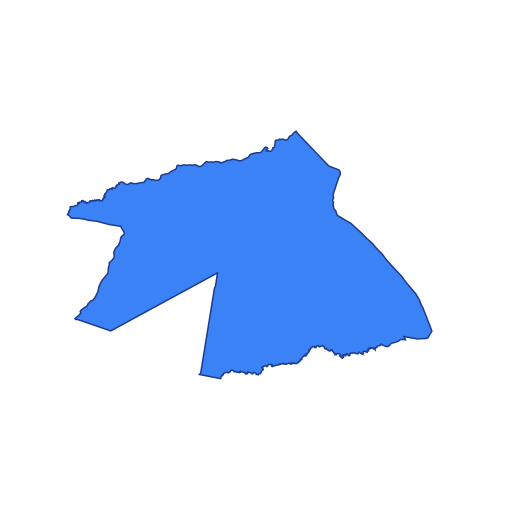 outline of Sioma, Western, Zambia, rotated 291°
{"feature_id": "96606910B11966717412590", "entity_name": "Sioma", "entity_type": "district", "adm_level": 2, "iso_a3": "ZMB", "parent_name": "Zambia", "parent_adm1": "Western", "projection": "natural_earth1", "projection_center": [23.042, -16.752], "detail": "fine", "context": "isolated", "style": "filled", "palette": "blue", "viewbox_px": 512, "rotation_deg": 291, "n_neighbors": 0, "source": "geoboundaries", "source_scale": "gbopen_adm2", "svg_char_len": 6076}
<svg xmlns="http://www.w3.org/2000/svg" viewBox="0 0 512 512"><g transform="rotate(291 256 256)"><path d="M227.0,65.2L227.1,66.2L225.2,69.9L227.8,77.6L229.0,83.2L229.2,86.2L231.4,95.1L232.8,107.8L235.3,119.5L234.1,120.1L231.3,123.9L229.5,125.1L228.7,125.1L226.7,123.7L224.8,123.2L220.5,123.9L216.9,123.8L212.6,122.0L208.5,121.9L204.6,123.9L202.8,123.8L200.7,123.2L197.1,121.3L195.9,122.1L192.5,122.3L186.7,124.0L178.3,121.1L175.3,120.5L170.6,120.4L166.0,121.2L158.9,120.5L156.1,119.4L155.1,118.0L151.3,116.4L148.2,116.0L146.9,114.7L143.0,112.2L141.0,111.8L140.1,112.9L137.3,112.0L132.7,109.4L132.1,110.4L132.7,111.9L132.8,113.5L134.0,147.2L226.4,226.1L213.4,229.0L210.9,228.8L127.0,246.3L125.1,245.6L128.8,266.8L129.6,267.0L130.8,266.6L131.6,266.8L131.9,267.3L132.7,266.9L133.3,268.0L135.1,268.0L136.9,270.2L137.2,272.4L138.3,272.8L138.7,273.5L140.2,273.5L140.9,274.6L140.9,275.7L140.1,277.1L140.3,277.8L141.0,278.1L140.7,279.2L141.0,279.5L140.8,279.7L141.0,280.5L140.8,281.1L141.3,281.6L141.5,281.9L141.2,282.2L141.5,282.8L142.0,283.1L142.4,282.3L142.9,282.7L142.8,283.8L143.1,287.3L142.9,287.8L142.3,288.0L142.2,288.9L143.2,290.2L144.0,289.4L144.9,289.9L144.7,291.1L145.2,291.9L145.1,293.1L144.5,294.4L144.8,295.2L146.2,295.5L146.7,296.3L146.1,298.4L145.6,298.6L145.9,300.7L147.1,301.0L147.8,302.3L151.0,302.6L151.9,302.8L152.1,303.3L152.5,303.5L153.1,303.2L153.8,301.5L154.5,301.6L154.4,302.3L155.5,302.5L157.0,303.8L156.6,305.7L156.9,306.1L157.5,306.4L158.2,306.0L159.3,306.6L160.3,309.6L159.0,309.8L158.6,310.7L159.8,311.2L159.6,312.0L160.1,312.1L160.6,313.3L161.0,313.6L162.6,316.3L163.0,316.2L163.2,316.9L163.8,317.0L163.9,318.1L164.8,318.8L165.0,320.3L165.7,320.4L165.5,322.0L165.9,322.5L165.8,323.0L167.4,324.7L168.2,326.4L168.2,326.9L167.5,326.8L167.7,327.7L168.4,327.9L168.7,328.5L169.4,328.1L169.7,328.4L169.3,330.5L170.0,331.1L169.9,331.9L170.3,332.7L171.4,333.1L171.7,333.7L172.4,333.4L173.1,334.5L174.7,335.0L175.4,334.7L175.8,335.9L177.1,335.2L178.8,336.0L179.1,336.5L179.9,336.4L180.0,337.0L180.7,337.1L180.6,337.7L181.0,337.6L181.4,338.0L181.1,338.6L181.3,338.7L182.3,338.8L182.7,338.3L183.0,338.8L184.0,338.9L184.7,339.7L185.3,339.5L186.3,339.8L187.3,338.8L188.0,340.2L189.0,339.9L189.6,340.3L189.8,340.1L190.5,341.0L191.4,340.9L191.7,341.3L192.1,343.0L191.7,343.3L191.7,344.2L192.0,344.6L192.5,344.2L192.9,344.9L193.8,344.8L194.7,346.5L194.1,347.1L193.9,347.9L196.1,350.0L195.8,350.7L195.7,352.3L195.0,352.5L194.1,353.6L194.2,354.7L194.8,355.0L194.7,355.4L194.0,356.2L193.6,358.4L194.3,359.5L195.3,359.4L195.4,360.9L194.3,361.6L194.3,362.1L193.1,364.1L192.9,365.4L192.2,365.2L192.7,366.3L193.6,366.0L194.3,367.4L194.1,367.8L194.5,368.3L194.5,369.2L193.9,370.4L193.3,370.8L193.0,370.0L192.6,370.0L192.5,371.2L191.8,372.0L191.5,373.4L193.6,374.0L193.8,372.7L194.8,372.6L195.4,373.6L195.2,374.3L195.6,374.8L195.2,375.5L196.2,375.6L196.7,375.1L197.2,375.5L197.1,376.0L197.4,376.4L196.3,377.6L196.3,378.9L197.0,379.3L198.3,378.6L199.2,379.3L199.8,380.2L199.9,381.1L200.8,382.0L200.8,384.5L201.3,386.3L202.9,386.7L203.2,387.2L202.7,388.3L202.4,390.9L203.2,390.7L203.6,391.1L204.3,390.4L205.1,390.3L206.3,391.8L205.7,392.5L206.2,393.3L205.8,394.0L206.0,394.3L206.9,393.7L207.5,394.1L207.7,395.0L208.5,394.5L209.1,394.8L209.5,393.9L210.2,394.2L210.6,396.1L210.9,396.3L211.3,395.7L211.7,395.9L211.6,397.3L212.3,397.9L212.2,398.8L211.4,398.9L211.6,399.9L211.3,400.5L211.6,400.3L212.4,400.8L213.3,400.5L214.0,401.5L215.1,401.7L216.4,402.7L216.7,403.8L218.3,404.2L218.7,404.6L218.1,405.9L218.2,410.1L218.6,411.4L220.2,412.7L221.4,412.8L223.3,414.0L224.8,416.3L227.5,419.4L230.0,421.0L231.4,425.5L233.8,423.0L236.3,436.0L239.8,444.1L241.0,445.7L249.0,447.1L267.2,430.6L269.8,427.6L273.3,424.5L277.7,419.1L285.6,404.8L289.4,399.0L294.1,389.0L299.9,377.9L302.6,373.8L307.3,363.9L309.3,360.6L312.0,353.3L315.1,346.6L320.4,333.1L323.1,317.2L326.6,314.4L328.1,311.7L331.8,309.4L333.7,309.2L335.5,307.4L338.0,307.7L340.5,306.0L358.3,305.1L362.6,305.5L364.6,304.4L366.1,302.7L366.1,291.7L386.3,248.9L386.5,249.3L386.9,248.7L384.2,247.0L382.7,246.4L381.6,246.4L380.3,244.8L379.6,244.4L376.0,243.8L374.7,242.0L374.6,241.0L374.8,239.3L373.5,236.8L373.4,235.9L372.5,235.6L370.9,232.7L364.4,234.3L362.9,232.9L360.6,233.1L359.0,232.1L358.7,231.8L358.6,229.6L358.1,229.3L357.8,227.9L358.7,227.8L360.7,228.4L361.3,227.1L361.0,225.9L360.1,225.2L355.1,223.8L353.5,222.1L352.6,219.4L349.5,215.0L348.4,214.1L345.6,213.5L339.8,208.1L338.9,206.6L338.8,203.8L338.0,199.4L335.7,196.7L334.8,194.4L333.6,193.7L330.2,189.9L330.7,187.9L330.4,186.5L329.6,184.3L328.3,182.9L328.0,181.2L326.6,177.9L326.4,176.0L325.7,175.4L320.7,173.1L319.3,171.4L319.1,169.5L319.5,167.4L319.2,166.2L318.1,164.3L317.3,161.5L316.1,159.3L315.2,155.8L314.2,154.8L313.3,153.0L312.6,150.3L311.9,149.9L309.5,150.2L308.2,149.9L304.4,146.3L301.4,144.6L300.0,141.9L297.7,138.9L296.7,138.5L294.1,138.9L291.9,137.8L290.7,135.4L290.5,133.0L289.7,131.6L289.5,129.2L289.8,127.6L289.6,127.1L289.0,126.3L287.9,125.8L284.8,125.1L280.3,117.6L279.6,115.1L279.5,113.0L276.7,110.5L276.3,108.4L277.1,105.8L277.0,103.9L276.4,103.3L276.1,103.3L275.4,102.0L274.7,101.8L273.9,102.5L272.1,100.5L271.1,100.4L270.9,100.6L270.4,100.2L270.1,100.6L268.8,99.9L268.3,98.9L268.3,97.4L267.5,97.1L266.8,97.5L266.6,95.7L265.3,95.1L264.4,93.5L261.4,93.5L259.8,92.6L259.4,93.0L258.5,92.7L257.5,93.2L257.3,92.6L256.5,93.2L256.6,93.8L255.0,92.6L254.7,92.6L254.5,93.2L253.8,93.2L252.7,92.2L252.3,92.3L252.3,91.3L251.4,90.3L252.1,90.0L252.3,89.2L251.3,87.4L251.0,87.6L250.6,87.1L250.6,86.6L250.1,86.5L250.3,85.3L249.6,85.3L249.2,84.9L249.5,84.5L249.4,83.9L249.2,83.3L248.2,82.7L248.4,82.1L248.2,81.5L247.4,81.2L247.2,81.4L247.0,81.1L246.2,81.0L245.6,79.8L244.7,79.3L245.2,79.0L244.9,78.3L245.2,77.7L244.9,77.5L245.4,77.3L245.5,76.7L245.0,75.9L245.7,74.7L245.7,74.4L245.0,74.2L245.1,73.9L245.4,74.1L245.2,73.5L243.9,73.7L243.1,72.2L242.0,72.3L241.9,71.7L242.3,71.8L242.3,70.9L242.0,70.6L240.4,71.0L238.9,70.7L238.0,68.9L236.6,67.8L236.2,66.3L235.2,64.9L233.0,65.8L231.0,65.2L228.8,65.5L227.0,65.2Z" fill="#3b82f6" stroke="#1e3a8a" stroke-width="1.5"/></g></svg>